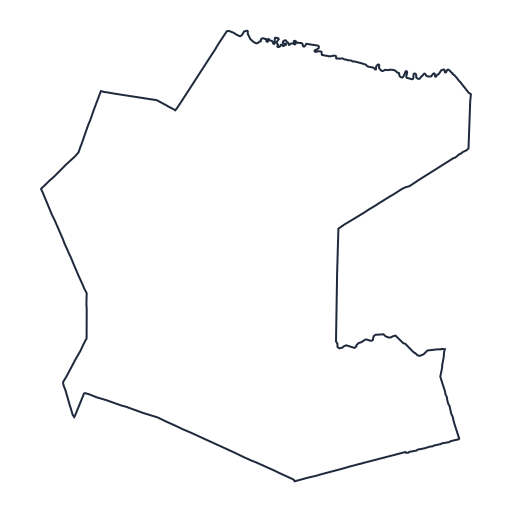 the district of San Pedro Carchá, Alta Verapaz, Guatemala
{"feature_id": "79465075B56532928318150", "entity_name": "San Pedro Carchá", "entity_type": "district", "adm_level": 2, "iso_a3": "GTM", "parent_name": "Guatemala", "parent_adm1": "Alta Verapaz", "projection": "robinson", "projection_center": [-90.098, 15.577], "detail": "fine", "context": "isolated", "style": "outline", "palette": "slate", "viewbox_px": 512, "rotation_deg": 0, "n_neighbors": 0, "source": "geoboundaries", "source_scale": "gbopen_adm2", "svg_char_len": 5761}
<svg xmlns="http://www.w3.org/2000/svg" viewBox="0 0 512 512"><path d="M470.9,94.2L469.4,93.2L468.9,93.0L461.4,83.5L460.1,81.8L459.5,81.4L456.5,77.6L454.3,75.1L452.5,74.0L452.5,73.2L451.6,72.6L449.4,70.4L448.6,69.7L447.9,69.6L447.1,70.1L446.8,70.7L446.1,72.1L445.4,72.5L444.8,72.1L444.7,71.6L444.6,70.6L444.4,69.8L443.7,69.5L441.7,70.1L441.2,70.4L438.9,73.8L438.0,74.4L437.3,74.7L436.8,75.4L436.0,76.6L435.3,76.6L435.0,76.0L434.7,73.7L434.1,73.4L433.4,73.6L432.7,74.2L432.4,74.6L431.8,75.6L431.1,76.4L428.6,76.5L427.4,76.3L426.8,76.1L426.1,75.5L425.6,74.6L425.1,73.9L424.4,73.6L423.8,74.0L422.8,75.3L421.5,76.4L421.1,76.8L420.2,78.1L419.6,78.7L418.8,78.9L418.1,78.8L416.7,78.0L416.2,77.3L416.2,75.7L416.1,74.6L415.6,73.9L415.2,73.6L414.4,73.5L413.7,74.0L413.5,74.9L413.4,75.9L413.4,77.9L413.1,78.6L412.8,79.1L412.3,79.2L411.8,79.2L411.2,79.1L408.8,78.3L407.5,78.1L406.8,77.8L406.3,77.2L406.3,76.2L406.6,74.9L407.1,73.1L407.1,71.9L406.5,71.2L405.7,71.3L405.4,71.8L404.3,74.6L403.2,76.7L402.9,77.1L402.2,77.5L401.6,77.4L400.7,77.1L399.9,76.4L399.4,75.5L399.2,74.6L399.1,73.2L398.4,72.8L397.6,72.7L396.8,72.1L395.7,71.0L395.3,70.7L393.9,70.1L393.1,69.9L389.7,69.7L387.8,70.1L387.3,70.1L385.8,69.9L384.9,69.9L384.4,70.2L383.8,70.6L383.1,70.9L382.3,71.0L381.8,70.9L381.3,70.6L379.4,68.6L379.0,67.5L379.1,66.6L379.2,65.6L379.2,65.0L378.7,64.5L378.1,64.5L377.4,65.0L376.3,66.3L376.1,67.4L375.9,69.4L375.3,69.5L374.6,68.9L374.1,68.2L373.3,67.6L369.0,66.8L367.6,66.4L366.0,64.9L365.4,64.5L360.9,63.1L354.3,61.4L352.9,61.5L352.1,61.2L351.7,60.7L350.9,60.5L347.7,60.2L347.0,60.0L346.6,59.7L345.9,59.5L344.7,59.5L344.0,59.2L342.5,58.4L341.8,58.4L340.2,58.7L338.2,58.5L337.2,58.6L336.7,58.6L336.2,58.3L336.1,56.8L335.9,56.1L335.1,55.7L334.0,55.7L332.7,55.8L331.2,56.2L329.0,56.4L327.8,55.9L325.4,55.7L324.1,55.3L322.1,55.0L321.7,54.2L321.7,52.9L321.4,51.8L320.6,51.4L317.6,51.3L316.3,51.9L315.6,51.9L315.0,51.7L314.6,51.3L314.6,50.6L315.1,50.2L317.0,49.3L318.2,48.6L318.7,48.1L318.8,47.3L318.8,46.5L318.5,46.0L318.0,45.7L317.3,45.5L308.1,44.1L307.3,43.9L306.2,43.9L305.3,45.6L304.6,46.3L304.0,46.6L303.3,46.4L302.8,45.4L302.7,44.5L302.4,43.8L302.0,43.4L301.5,43.1L300.7,43.0L297.4,42.8L296.9,42.6L296.4,41.9L295.8,41.3L295.2,40.9L294.5,40.8L293.8,41.2L293.9,42.0L295.1,43.4L295.4,43.9L294.9,44.4L294.1,44.2L293.4,43.6L292.7,43.4L291.3,43.5L290.4,44.0L289.6,44.7L288.9,44.8L288.6,44.2L288.4,43.4L288.1,42.7L287.3,42.5L286.9,42.0L286.3,40.9L285.6,40.3L284.8,40.4L284.1,40.7L283.6,41.0L283.1,41.5L282.9,42.6L283.1,43.4L283.9,43.6L284.8,43.6L285.7,43.8L286.0,44.3L285.7,44.9L283.3,46.0L282.7,45.7L281.8,44.8L281.0,44.7L280.3,46.0L279.8,46.5L279.4,46.8L278.5,47.0L277.8,47.0L277.3,46.3L277.8,45.8L278.1,45.1L277.8,44.5L277.2,43.8L276.5,42.4L278.0,40.1L278.7,39.3L278.5,38.5L277.9,38.2L276.0,37.8L275.1,37.8L274.8,38.5L274.6,43.4L274.1,44.0L273.4,43.7L273.0,42.8L272.7,41.9L272.3,41.3L271.6,40.8L270.6,40.6L269.8,40.4L269.4,39.9L269.1,39.3L268.5,39.0L268.1,39.5L268.1,40.5L267.9,41.6L267.5,41.8L266.9,41.7L266.3,40.9L266.7,39.3L266.1,38.9L265.3,39.1L264.5,38.8L264.0,38.5L263.4,38.3L262.5,38.3L261.9,38.5L261.3,39.0L261.0,39.4L260.7,41.4L260.0,41.4L259.4,41.6L258.9,42.2L258.1,42.8L257.4,43.1L256.5,43.3L255.8,43.1L255.0,42.8L253.2,41.7L250.2,38.9L249.0,36.3L247.9,34.2L247.8,33.0L247.8,31.5L247.6,31.0L247.1,30.7L244.0,31.5L243.3,32.9L242.0,34.9L240.7,36.0L239.8,36.2L236.2,34.5L233.5,32.7L231.1,31.8L229.5,31.1L227.7,31.0L226.7,31.4L218.3,44.1L217.0,46.2L215.2,49.4L211.1,55.6L180.7,102.6L177.1,108.0L175.3,110.3L172.0,108.4L167.9,106.3L166.5,105.4L156.8,100.2L116.0,93.9L106.8,92.3L104.7,92.1L100.9,91.1L93.3,111.2L91.8,115.8L90.0,120.8L88.5,124.2L87.0,128.3L81.4,144.5L80.4,147.0L78.5,152.4L75.6,155.7L73.9,157.4L66.0,164.6L54.4,176.3L49.2,180.9L45.4,184.7L41.2,188.6L41.1,189.2L42.5,192.0L52.1,215.1L54.8,220.5L61.9,236.9L62.9,239.1L64.6,243.8L67.6,250.2L68.9,253.4L70.8,257.3L73.8,264.6L78.8,276.3L82.9,285.2L84.1,288.3L86.7,293.2L86.4,304.2L86.7,309.0L86.6,337.6L86.5,338.8L85.7,340.0L83.2,344.9L80.3,351.1L75.7,359.0L66.5,376.4L63.5,381.3L63.1,382.3L63.2,383.8L63.9,386.4L65.4,390.1L70.0,406.1L70.8,408.4L72.6,414.6L74.2,417.1L75.0,415.7L84.0,393.6L85.0,393.1L89.5,394.4L96.6,397.3L106.2,400.1L121.0,405.4L125.9,406.7L142.7,412.8L155.6,416.8L158.0,417.6L165.4,421.2L179.7,427.7L182.4,429.1L192.3,433.3L204.9,439.1L212.4,442.5L234.0,452.4L243.5,457.0L251.0,460.4L255.9,462.3L274.4,470.6L278.0,472.4L286.9,476.5L292.9,479.2L294.2,480.3L294.6,481.3L297.6,480.5L307.8,477.7L316.5,475.7L320.7,474.4L340.5,469.2L349.8,466.5L404.3,452.3L405.2,452.0L406.1,452.8L408.4,452.7L409.2,451.9L416.4,450.6L417.3,449.8L418.8,449.4L424.6,448.3L429.5,446.7L432.8,446.3L433.7,445.6L441.0,444.0L441.7,443.4L448.9,442.2L450.8,441.1L458.7,439.3L459.2,438.4L459.1,437.8L458.7,437.2L453.9,422.2L452.6,416.5L451.2,413.6L449.5,406.0L448.1,403.4L447.1,399.4L447.0,397.5L445.5,394.4L445.0,391.4L441.5,380.6L440.3,376.6L442.3,366.7L442.0,366.1L443.7,357.3L444.1,351.8L444.9,349.2L441.6,348.9L441.2,349.3L437.9,349.3L427.4,350.5L423.6,354.3L420.3,355.7L419.1,355.8L417.3,355.1L415.2,353.1L414.6,353.0L412.7,351.4L405.4,343.9L403.2,343.1L395.5,335.6L393.4,336.1L390.5,337.5L388.6,337.5L385.6,336.3L383.5,334.3L376.7,334.7L375.4,334.8L373.6,336.3L372.8,340.0L371.9,340.7L370.2,340.7L366.7,339.5L365.2,339.6L364.0,340.5L360.6,342.5L358.8,342.9L356.6,345.0L356.2,345.6L356.3,346.5L354.5,347.9L346.2,345.3L343.7,346.4L342.3,347.7L339.2,348.3L337.5,346.9L337.4,343.6L336.0,341.4L337.1,273.6L338.4,228.7L344.4,224.5L362.0,213.9L365.1,212.0L368.8,209.5L373.9,206.5L379.2,203.1L389.1,196.9L392.8,194.8L401.9,189.0L405.4,187.3L409.6,186.1L418.9,179.9L453.3,158.2L455.4,157.5L459.7,153.9L460.9,153.7L462.5,152.2L466.6,150.2L468.5,148.4L470.2,101.6L470.9,94.2Z" fill="none" stroke="#1e293b" stroke-width="2"/></svg>